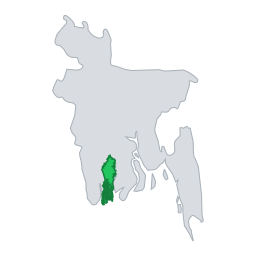 Bagerhat, Khulna, Bangladesh (highlighted)
{"feature_id": "16705992B77600989823530", "entity_name": "Bagerhat", "entity_type": "district", "adm_level": 2, "iso_a3": "BGD", "parent_name": "Bangladesh", "parent_adm1": "Khulna", "projection": "natural_earth1", "projection_center": [89.774, 22.348], "detail": "fine", "context": "in_parent", "style": "filled", "palette": "green", "viewbox_px": 256, "rotation_deg": 0, "n_neighbors": 0, "source": "geoboundaries", "source_scale": "gbopen_adm2", "svg_char_len": 9421}
<svg xmlns="http://www.w3.org/2000/svg" viewBox="0 0 256 256"><path d="M86.0,189.9L86.0,182.8L81.8,168.9L82.0,167.4L81.1,160.7L80.0,157.0L79.5,153.0L82.0,147.3L81.0,146.4L75.4,144.7L74.7,143.2L76.0,137.6L71.9,132.3L70.3,128.3L74.7,115.5L75.8,106.6L75.5,104.9L72.8,102.9L68.1,102.1L64.8,100.4L62.9,97.9L61.3,96.9L59.3,97.7L56.7,96.7L54.5,94.2L52.7,91.1L53.4,87.8L56.9,80.0L58.1,79.7L61.1,81.2L62.2,81.2L64.1,78.1L66.9,69.3L76.3,70.1L78.6,69.8L80.9,69.1L82.2,67.9L82.9,66.5L82.7,65.3L79.8,63.6L78.7,62.4L77.9,58.9L77.0,57.5L71.3,57.3L68.4,55.7L66.8,54.2L63.9,49.4L60.3,45.8L56.9,45.0L55.6,43.8L54.9,42.0L55.3,39.4L57.1,34.2L66.5,23.2L66.7,22.0L66.4,20.6L63.6,18.8L63.4,18.0L64.2,15.6L65.8,15.4L69.0,17.5L72.3,20.9L74.3,23.9L74.3,26.3L76.9,26.8L79.0,27.8L81.2,27.5L82.7,28.1L83.6,27.9L84.0,26.5L82.1,23.0L83.0,21.6L85.2,21.6L86.8,23.0L87.9,25.6L88.1,29.8L90.6,33.5L93.9,36.2L96.5,37.4L99.7,38.3L102.4,37.4L103.7,34.8L103.1,32.5L103.6,30.4L104.6,29.2L106.3,29.3L107.6,31.0L111.2,39.9L110.5,43.9L111.3,54.8L110.4,62.0L111.0,64.7L111.6,65.2L117.1,66.6L125.1,69.4L131.3,70.5L159.0,69.7L165.0,71.1L183.6,70.0L188.6,72.3L194.1,76.0L197.2,78.8L197.8,80.4L197.4,81.8L196.4,82.5L194.5,82.5L190.2,80.7L189.4,81.3L189.4,85.6L185.9,96.4L185.4,99.7L184.2,101.0L180.5,101.7L178.1,108.0L177.1,108.8L174.7,107.4L173.2,107.6L171.3,108.2L169.5,109.7L168.2,111.5L166.7,112.1L161.5,112.0L160.5,114.9L157.1,118.7L154.8,128.8L155.0,131.9L157.9,140.0L160.0,150.5L160.7,151.6L161.7,151.7L161.7,146.9L162.7,146.3L163.9,146.8L166.4,153.3L167.7,154.9L169.9,155.4L172.4,154.4L174.2,152.5L174.9,150.5L174.3,143.4L175.4,140.5L179.6,136.2L180.2,134.9L179.9,127.9L181.5,127.6L183.6,128.2L186.3,126.5L187.2,126.5L188.3,128.3L190.2,128.0L193.2,142.0L193.4,151.9L194.1,157.4L195.2,158.6L198.4,166.8L201.6,195.9L202.0,214.3L203.3,220.6L202.2,222.0L201.2,222.2L200.2,220.0L193.4,215.4L191.7,215.8L189.4,218.5L188.5,221.1L188.9,224.6L189.7,228.1L191.3,230.1L191.4,232.3L193.3,240.6L192.8,240.6L189.0,233.1L184.4,225.7L182.9,212.4L182.8,205.8L179.7,198.1L176.7,184.6L178.0,179.9L175.8,182.0L172.4,173.9L167.0,166.0L165.4,162.5L165.4,159.1L163.1,162.5L159.9,164.9L156.8,168.5L154.7,169.6L147.9,170.3L144.0,165.4L138.4,153.6L137.7,150.9L138.4,143.9L137.1,137.4L136.7,131.5L135.7,132.1L135.3,133.7L135.5,136.1L135.1,138.2L125.8,136.8L129.8,140.3L134.1,141.1L136.3,144.2L136.4,149.4L132.2,152.5L132.6,155.1L135.1,158.3L132.1,159.2L131.3,161.3L131.2,164.3L133.3,168.8L133.0,170.6L136.5,176.6L137.2,179.4L136.3,183.5L128.7,191.7L126.5,197.5L124.6,200.2L122.2,200.7L119.4,197.9L119.3,195.1L119.9,192.9L123.9,187.4L121.7,188.2L115.5,192.7L114.4,189.0L113.6,185.7L113.6,181.5L116.6,175.4L113.2,178.4L112.2,182.3L112.7,186.8L112.2,190.0L110.9,194.2L109.1,196.7L106.2,198.3L104.9,200.8L102.9,202.6L102.2,194.2L100.1,182.8L99.7,185.2L100.8,192.3L100.7,196.9L99.1,200.5L95.9,204.4L93.4,205.0L92.0,204.4L87.4,198.5L87.0,193.0L86.0,189.9ZM142.5,190.1L136.8,191.4L133.9,191.0L139.3,180.8L139.1,176.2L138.3,172.5L135.5,169.5L135.3,167.3L134.1,164.4L133.5,161.0L136.5,159.9L139.0,161.9L139.9,165.7L141.1,168.7L145.4,174.7L145.3,178.3L144.2,187.3L142.5,190.1ZM154.7,186.7L151.2,189.4L152.3,173.3L154.9,179.3L155.6,182.5L154.7,186.7ZM167.9,178.7L166.4,179.8L165.0,178.8L163.2,175.0L164.0,170.2L164.6,169.5L166.8,174.4L167.9,178.7ZM180.9,212.7L178.9,212.9L177.9,211.7L178.4,210.1L177.8,204.9L180.4,204.4L181.3,208.7L180.9,212.7ZM178.6,198.1L177.2,203.3L176.6,200.9L177.6,196.4L178.6,198.1ZM138.0,156.0L138.6,157.7L135.4,155.5L134.5,154.0L136.0,153.2L138.0,156.0Z" fill="#d9dde1" stroke="#a8b0b8" stroke-width="1"/><path d="M110.5,156.9L110.1,155.3L108.8,156.0L108.9,156.7L108.1,157.8L108.6,157.7L107.9,158.4L108.2,158.6L107.6,158.8L107.7,159.3L107.1,159.5L107.8,160.5L107.6,161.4L106.4,161.9L105.7,164.1L105.4,163.4L105.0,163.8L104.3,163.4L103.9,165.4L103.5,165.6L104.1,166.2L103.0,166.6L103.3,167.5L102.5,167.1L102.4,168.6L101.8,169.8L102.9,171.9L105.2,179.9L104.5,181.8L104.8,182.1L104.5,182.6L104.8,182.8L104.5,183.1L104.3,183.0L104.6,183.5L104.1,183.9L104.5,184.1L104.7,185.1L104.1,184.6L104.6,185.8L104.2,186.6L105.3,187.2L105.5,187.4L105.6,187.7L106.0,187.7L105.9,188.1L106.3,187.9L106.5,188.0L106.6,188.4L106.5,188.8L106.1,189.7L106.7,189.7L106.6,190.0L106.2,190.1L106.7,190.9L107.4,190.8L107.5,188.5L106.9,186.6L107.1,186.1L107.5,186.2L107.6,185.8L106.9,186.0L107.0,185.2L106.8,185.1L106.5,185.4L106.4,185.5L106.3,185.4L106.4,184.3L105.9,184.2L105.4,184.0L105.2,183.9L105.2,183.7L106.1,183.8L106.4,183.5L105.7,183.4L106.1,183.0L106.0,182.7L105.4,182.5L105.4,182.3L106.2,182.8L106.1,183.1L105.7,183.3L106.4,183.5L106.0,183.8L105.2,183.8L106.5,184.2L106.4,185.4L106.8,185.0L107.0,185.2L108.4,182.7L107.4,182.9L107.2,182.7L107.4,181.6L107.0,181.2L106.5,180.4L106.1,179.4L105.3,179.3L106.2,179.3L107.3,181.4L107.4,180.2L107.7,179.9L107.3,182.7L108.5,182.6L107.0,185.9L107.5,185.6L107.7,185.8L107.6,186.3L107.0,186.4L107.6,188.4L108.6,188.2L108.5,187.2L108.7,186.3L108.3,186.0L108.2,185.7L108.3,184.9L108.9,185.8L109.1,184.4L109.3,184.1L109.0,183.8L109.0,183.7L109.3,183.4L109.0,183.7L109.3,184.1L109.0,185.8L108.8,185.9L108.4,185.4L108.2,185.8L108.8,186.3L108.7,188.1L109.1,188.3L109.7,189.9L110.5,190.7L111.7,188.7L110.8,188.1L111.0,187.7L111.6,187.2L110.7,185.4L110.8,185.0L111.7,187.2L110.9,187.9L111.7,188.6L111.9,189.0L110.7,190.6L112.0,191.1L113.3,189.1L113.0,186.7L113.3,186.5L112.4,183.1L113.8,179.0L112.8,177.2L113.8,176.3L114.9,176.1L115.2,175.4L114.8,174.9L113.6,175.0L113.2,174.2L114.0,173.8L115.7,174.4L116.0,174.0L114.5,173.7L115.5,172.0L115.8,170.4L114.4,169.9L114.6,168.5L113.4,167.7L113.7,167.3L114.2,167.8L115.0,167.0L112.5,166.3L113.9,165.3L114.8,165.3L114.8,164.2L114.2,164.2L113.9,163.4L115.0,163.0L114.2,162.4L115.2,161.4L115.2,160.2L114.5,159.9L114.4,159.2L112.2,159.0L112.6,158.4L110.5,156.9ZM111.1,191.4L109.7,190.1L109.6,190.5L108.9,191.0L108.9,191.4L108.6,191.5L108.7,192.1L109.1,192.1L109.2,192.4L109.1,192.6L108.6,192.9L109.0,193.3L108.9,193.7L108.5,193.9L108.8,194.2L108.8,194.6L107.7,195.1L108.0,195.8L108.3,195.5L109.4,195.4L109.4,195.0L109.5,195.2L109.5,195.4L109.2,195.6L108.3,195.6L108.3,196.7L107.8,197.2L108.3,197.8L108.8,199.2L109.6,199.3L109.8,198.9L110.0,198.0L109.0,198.0L108.9,197.9L108.8,197.7L110.0,197.9L109.7,197.3L110.0,197.1L109.9,196.7L109.7,197.1L109.5,196.6L109.6,196.0L109.6,197.0L109.9,196.6L110.1,197.1L109.8,197.2L110.1,197.5L109.9,198.6L110.1,198.3L110.3,198.5L110.6,198.2L110.8,198.3L110.9,197.8L110.8,198.3L110.3,198.5L110.1,198.4L109.5,199.8L109.8,200.0L111.8,199.2L111.7,198.3L112.0,197.8L110.7,196.7L110.8,196.1L110.9,195.9L111.9,195.3L110.6,194.0L110.8,193.8L111.8,193.2L111.8,192.7L111.4,192.1L111.3,191.5L110.5,191.5L110.4,191.6L110.5,191.8L110.4,191.9L110.4,191.5L111.1,191.4ZM104.4,195.6L103.1,196.1L102.3,198.0L102.5,198.9L103.7,198.5L103.3,197.9L103.3,197.7L103.7,197.5L104.0,197.8L103.3,197.8L103.8,198.5L102.5,199.1L104.4,201.3L104.3,202.7L106.2,203.1L107.2,202.4L107.1,201.6L104.8,198.8L104.8,198.1L105.5,197.0L104.4,195.6ZM104.6,187.0L103.9,190.1L104.9,189.6L105.6,189.6L105.7,190.3L105.5,190.7L105.9,190.7L106.2,191.4L105.7,192.1L106.0,192.8L105.8,193.5L105.2,193.9L104.7,193.5L104.8,194.3L105.3,194.1L105.5,194.3L105.4,195.1L104.9,195.7L105.8,197.3L106.5,196.6L106.8,195.2L106.5,194.0L107.2,192.3L106.3,191.6L106.6,191.0L106.1,190.1L106.7,189.8L106.0,189.7L106.4,188.0L105.9,188.2L105.9,187.8L105.5,187.8L105.1,187.1L104.6,187.0ZM105.6,189.7L103.9,190.2L103.0,191.6L103.3,191.7L103.7,192.0L103.6,191.5L103.7,191.4L104.1,191.4L104.0,191.0L104.1,191.4L104.0,191.5L103.7,191.5L103.7,192.0L102.9,192.0L105.1,192.4L104.7,192.1L104.6,191.9L104.7,191.2L104.9,191.0L105.0,191.1L104.6,192.0L105.2,192.3L104.5,192.6L103.9,192.4L104.1,192.6L104.2,192.9L104.1,193.5L103.6,194.1L102.7,194.5L103.5,195.5L104.8,195.6L105.4,194.9L105.4,194.2L104.8,194.4L104.6,193.6L104.9,193.4L105.3,193.9L105.7,193.4L105.7,192.1L106.1,191.4L105.9,190.7L105.5,190.8L105.6,189.7ZM108.8,188.3L107.7,188.5L107.6,190.7L106.5,191.5L107.4,192.2L107.2,193.2L107.5,193.3L107.5,194.1L108.0,194.3L108.2,194.8L108.7,194.5L108.3,193.9L108.8,193.6L108.6,192.9L109.1,192.3L108.6,192.2L108.5,191.5L109.6,190.1L108.8,188.3ZM107.9,194.7L107.4,194.1L107.4,193.3L107.1,193.3L106.8,193.8L107.0,195.8L105.9,198.0L106.3,199.9L107.4,199.6L106.8,199.2L107.1,199.1L107.0,198.8L107.3,198.8L107.3,198.2L107.6,197.9L107.3,198.9L107.1,198.8L107.2,199.1L106.9,199.2L107.5,199.5L107.2,199.7L107.5,200.0L108.6,199.8L108.6,198.8L107.6,197.4L108.1,196.3L107.6,195.2L107.9,194.7ZM102.2,199.4L101.7,200.4L102.3,201.3L102.0,202.0L102.2,202.4L101.9,202.4L102.1,203.4L102.9,204.6L104.1,204.5L103.5,202.7L104.0,202.2L104.1,201.3L102.2,199.4ZM112.1,198.5L113.0,197.0L112.3,192.4L111.5,191.6L111.4,191.9L111.9,192.6L111.9,193.3L110.7,194.0L112.0,195.2L110.8,196.5L112.0,197.6L112.1,198.5ZM104.2,183.1L104.5,182.7L104.4,182.6L104.7,182.1L104.4,182.0L103.8,182.8L103.7,184.7L102.5,185.4L104.1,188.5L104.4,187.0L104.1,186.5L104.6,185.8L104.0,184.7L104.6,185.2L104.1,183.9L104.6,183.5L104.2,183.1ZM103.1,195.8L103.4,195.3L102.7,194.5L103.7,193.8L104.2,192.9L102.9,192.1L102.3,195.0L103.1,195.8ZM102.2,198.2L103.0,196.1L102.1,195.1L102.2,196.8L102.2,198.2ZM105.7,199.1L105.9,198.6L105.4,197.5L105.0,198.4L105.7,199.1ZM111.8,200.2L111.9,200.9L112.1,201.0L112.3,200.9L111.8,200.2ZM112.5,200.0L112.6,199.3L112.2,199.1L112.2,199.5L112.5,200.0ZM113.5,187.7L113.3,187.0L113.5,187.8L113.5,187.7ZM103.0,196.3L103.1,196.1L103.0,196.3Z" fill="#22c55e" stroke="#15803d" stroke-width="1.5"/></svg>